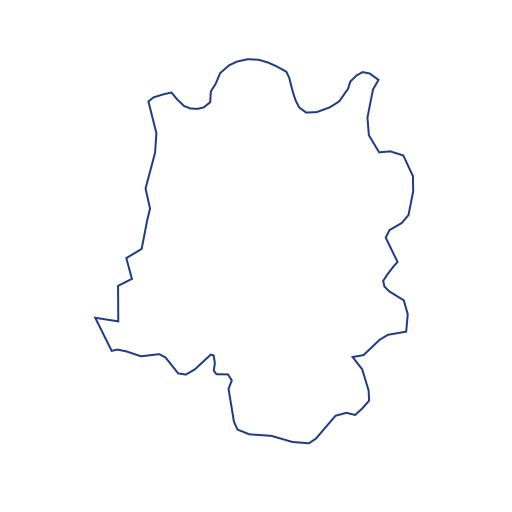 the district of Spitak, Lori, Armenia, rotated 258°
{"feature_id": "60910142B40000384571079", "entity_name": "Spitak", "entity_type": "district", "adm_level": 2, "iso_a3": "ARM", "parent_name": "Armenia", "parent_adm1": "Lori", "projection": "albers", "projection_center": [44.201, 40.853], "detail": "fine", "context": "isolated", "style": "outline", "palette": "blue", "viewbox_px": 512, "rotation_deg": 258, "n_neighbors": 0, "source": "geoboundaries", "source_scale": "gbopen_adm2", "svg_char_len": 1553}
<svg xmlns="http://www.w3.org/2000/svg" viewBox="0 0 512 512"><g transform="rotate(258 256 256)"><path d="M429.5,182.9L396.7,184.1L377.9,178.7L345.0,162.0L324.3,162.2L314.9,157.6L286.7,145.6L280.9,128.7L259.4,129.9L255.5,114.9L220.7,107.7L229.0,85.9L193.2,95.1L193.3,100.9L192.3,103.2L189.8,109.1L181.8,122.7L180.1,140.9L175.7,146.3L157.3,155.5L154.6,162.8L157.9,172.7L168.9,191.2L167.5,193.9L159.9,193.5L152.7,190.9L148.6,192.7L146.0,204.0L139.3,206.4L131.6,201.5L98.8,200.0L98.7,199.9L90.1,201.8L83.0,212.3L76.9,233.6L66.5,253.0L61.8,268.9L65.0,276.8L67.7,280.3L83.2,300.5L83.8,311.9L79.9,319.9L84.8,328.3L91.0,336.6L96.0,337.4L101.1,338.2L110.5,337.4L123.1,336.3L137.1,329.5L136.7,340.6L146.2,356.0L148.3,359.4L151.5,368.7L150.8,387.2L167.5,392.3L182.0,391.3L186.8,386.2L193.8,378.9L199.4,375.3L205.2,375.2L210.6,380.6L217.5,388.7L220.7,393.2L247.0,386.7L253.6,392.0L258.0,405.5L264.4,413.7L286.8,423.3L287.7,423.4L301.4,426.1L323.7,421.0L330.2,409.5L330.4,409.2L331.8,398.0L350.7,391.5L368.2,393.8L394.7,405.1L402.8,412.5L410.9,405.1L413.7,398.5L411.7,391.9L407.0,384.5L400.4,380.8L399.8,380.1L396.8,376.9L390.0,369.6L386.1,359.2L385.5,355.0L384.1,345.2L385.9,334.8L392.4,329.1L399.9,327.1L409.3,326.1L421.6,325.6L423.1,325.6L429.9,324.0L436.2,316.7L437.3,315.5L442.8,307.9L447.4,299.4L450.2,289.0L450.1,277.7L448.1,269.3L442.4,259.0L433.0,252.5L426.3,246.0L416.0,243.2L412.2,235.7L412.1,229.2L413.9,222.6L417.6,216.9L423.3,213.0L426.0,211.2L433.5,207.3L433.4,198.9L432.4,188.5L429.5,182.9Z" fill="none" stroke="#1e3a8a" stroke-width="2"/></g></svg>